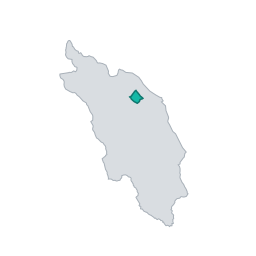 location of Manlai, Ömnögovi, Mongolia, rotated 236°
{"feature_id": "93677404B4911354311054", "entity_name": "Manlai", "entity_type": "district", "adm_level": 2, "iso_a3": "MNG", "parent_name": "Mongolia", "parent_adm1": "Ömnögovi", "projection": "equal_earth", "projection_center": [107.044, 43.953], "detail": "fine", "context": "in_parent", "style": "filled", "palette": "teal", "viewbox_px": 256, "rotation_deg": 236, "n_neighbors": 0, "source": "geoboundaries", "source_scale": "gbopen_adm2", "svg_char_len": 4211}
<svg xmlns="http://www.w3.org/2000/svg" viewBox="0 0 256 256"><g transform="rotate(236 128 128)"><path d="M23.1,107.2L23.9,107.2L25.2,106.5L25.5,105.4L25.9,104.8L28.8,104.6L30.0,104.9L30.3,104.2L30.6,104.1L31.2,104.7L31.9,104.4L32.4,104.2L32.9,103.4L33.9,103.5L35.6,102.6L35.7,101.1L36.4,100.7L38.0,100.4L38.2,99.7L38.6,99.5L39.7,99.4L41.6,98.6L42.5,98.5L43.3,97.8L45.1,96.9L47.7,96.5L47.9,96.0L50.3,94.6L52.8,94.6L53.6,93.4L54.0,93.2L55.6,94.7L56.4,94.5L56.7,93.9L57.7,93.9L58.1,94.9L58.6,95.4L66.0,95.8L66.2,96.1L66.4,98.5L67.7,99.6L68.0,100.1L70.0,100.0L71.1,100.8L72.9,100.8L73.8,101.0L75.6,100.2L76.0,100.2L76.5,100.6L77.3,100.3L78.9,101.1L80.1,101.0L80.7,101.3L81.5,101.0L83.2,101.3L84.6,102.5L85.6,102.4L86.8,101.6L87.2,101.0L88.9,100.8L89.9,100.2L90.6,99.7L91.6,97.8L91.9,95.9L91.1,95.7L90.4,95.0L90.0,94.0L90.0,93.3L89.2,92.3L89.3,91.7L89.8,90.8L90.2,89.3L90.8,88.5L92.0,88.0L92.1,87.5L92.9,86.3L94.8,85.7L95.9,84.4L96.6,83.1L97.4,83.8L99.7,84.7L101.7,85.1L102.9,86.0L106.4,86.3L112.2,88.5L113.4,88.4L116.8,89.3L117.1,89.6L117.0,91.3L117.2,91.7L117.3,93.5L117.9,94.4L117.7,95.5L118.0,95.8L118.9,96.0L120.2,97.1L123.3,97.9L124.2,98.7L126.3,99.2L127.4,98.9L129.2,99.0L129.8,98.9L131.0,98.1L131.7,97.8L135.8,97.1L136.9,96.5L137.6,96.4L140.8,97.0L143.0,97.8L146.2,97.7L147.7,98.7L148.3,99.6L149.6,100.4L154.0,100.7L154.2,100.9L154.1,102.9L154.3,103.2L157.2,105.3L158.5,105.9L162.6,105.8L168.9,107.2L170.4,106.8L171.7,107.4L172.2,107.4L176.2,105.6L176.8,105.7L181.1,105.1L183.7,104.2L185.7,104.2L187.3,103.5L188.0,102.0L190.6,100.3L195.1,98.1L198.0,98.4L199.8,99.2L201.6,100.7L202.6,101.2L204.5,101.3L207.1,100.2L208.5,100.5L209.9,101.0L210.8,101.8L207.0,109.9L207.0,110.4L205.7,112.1L205.7,114.9L204.0,115.9L204.3,117.4L204.7,118.0L206.7,119.6L207.3,119.4L207.8,118.8L208.8,118.2L210.6,118.3L212.2,118.1L214.3,118.6L216.2,119.9L218.8,117.1L221.3,116.7L223.6,117.1L225.5,119.0L227.6,119.9L228.3,121.0L229.1,121.4L229.4,122.0L232.1,124.2L232.7,125.6L233.5,126.7L233.6,127.7L233.4,128.3L232.4,128.8L228.8,128.5L226.6,127.5L225.8,128.1L223.1,127.9L221.5,128.3L220.5,128.7L219.9,129.4L219.4,129.6L219.0,129.5L218.1,129.0L217.4,129.0L217.2,129.1L216.8,130.9L214.4,130.9L213.6,130.7L211.7,131.5L211.4,132.2L210.4,133.2L209.6,135.0L209.8,135.8L209.5,136.3L207.8,137.3L206.2,138.7L202.7,139.3L201.1,139.4L199.9,139.1L198.7,139.3L197.8,140.9L195.6,143.0L192.4,144.9L186.4,143.7L185.7,143.4L184.4,142.2L180.9,142.1L180.0,143.0L179.1,144.2L177.8,148.2L179.2,150.5L180.8,152.0L181.5,153.1L181.5,154.0L180.4,154.4L178.9,155.9L175.3,157.3L171.2,162.3L164.0,165.3L159.6,165.5L156.0,165.2L146.5,166.7L140.3,169.3L135.6,171.6L134.6,172.7L134.2,172.9L133.3,172.4L130.8,172.3L130.9,170.3L125.4,171.5L121.1,169.2L114.8,167.8L113.6,167.3L111.5,164.8L110.4,164.4L107.7,164.3L100.1,163.2L96.6,164.2L81.2,162.2L75.6,162.8L75.4,162.6L75.1,160.9L72.6,158.5L72.3,157.9L72.2,156.9L70.4,151.9L69.1,151.1L69.4,149.0L67.3,149.2L65.1,148.4L62.9,146.9L61.8,145.8L60.2,145.5L58.3,143.6L57.4,143.2L52.6,142.4L50.1,142.6L47.5,142.1L44.5,142.0L43.6,141.6L42.7,141.7L41.0,140.8L39.9,141.0L38.7,138.1L39.2,136.4L39.8,135.3L41.4,133.7L41.4,133.1L40.9,131.7L42.0,129.2L41.8,127.6L41.2,125.8L40.2,125.4L39.0,123.0L38.7,121.2L38.2,119.9L36.8,119.1L36.4,118.0L36.0,117.9L35.6,118.3L34.7,118.4L33.9,117.7L33.5,116.9L33.0,116.7L32.0,116.8L31.1,117.1L30.1,117.0L29.3,116.2L27.2,115.1L27.2,114.3L27.0,113.7L26.3,113.6L25.7,113.0L23.6,112.3L23.6,111.9L24.3,111.0L22.9,110.3L22.4,109.6L23.4,108.6L23.1,107.9L23.1,107.2Z" fill="#d9dde1" stroke="#a8b0b8" stroke-width="1"/><path d="M144.4,157.0L146.3,156.5L147.3,156.1L148.6,156.0L149.4,156.1L150.9,155.8L151.8,155.9L153.2,155.6L154.7,155.6L154.6,154.7L154.7,154.4L154.7,153.9L154.2,153.1L153.9,152.1L153.8,151.7L153.5,151.0L153.4,150.3L153.2,150.2L152.8,149.3L152.5,148.7L152.6,148.3L152.8,147.4L152.8,146.8L151.0,147.2L150.2,146.9L149.5,147.1L149.0,147.2L146.6,147.8L145.7,148.2L145.3,148.5L144.9,148.7L144.5,149.0L144.1,149.0L143.3,149.6L143.4,150.2L143.4,150.8L143.6,152.3L143.8,152.5L144.5,153.5L144.7,153.9L144.8,153.9L144.8,154.1L144.7,154.7L144.5,155.2L144.4,155.5L144.2,156.1L144.2,156.4L144.2,156.9L144.3,156.9L144.3,157.0L144.4,157.0Z" fill="#14b8a6" stroke="#0f766e" stroke-width="1.5"/></g></svg>